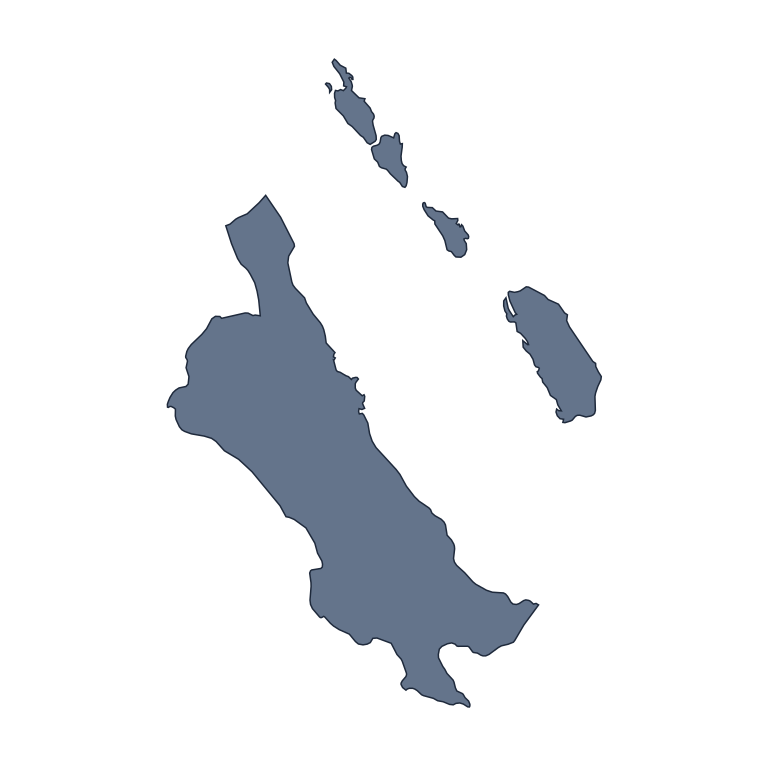 outline of Sumatera Barat, rotated 177°
{"feature_id": "IDN-539", "entity_name": "Sumatera Barat", "entity_type": "Province", "adm_level": 1, "iso_a3": "IDN", "parent_name": "Indonesia", "parent_adm1": "", "projection": "natural_earth1", "projection_center": [100.097, -1.223], "detail": "fine", "context": "isolated", "style": "filled", "palette": "slate", "viewbox_px": 768, "rotation_deg": 177, "n_neighbors": 0, "source": "natural_earth", "source_scale": "10m", "svg_char_len": 6138}
<svg xmlns="http://www.w3.org/2000/svg" viewBox="0 0 768 768"><g transform="rotate(177 384 384)"><path d="M492.3,578.6L478.5,555.9L466.5,528.9L466.2,526.2L472.5,516.7L473.7,510.0L470.7,490.7L469.7,487.5L467.5,484.2L458.8,474.2L457.3,469.0L451.1,457.5L444.4,448.5L442.5,445.0L441.3,441.4L440.1,434.8L439.6,428.0L431.3,417.9L432.5,416.3L433.1,413.8L431.3,412.6L432.8,410.3L433.1,410.5L431.1,400.6L429.9,398.9L427.2,398.0L421.7,394.3L419.1,393.2L416.3,390.2L415.2,391.5L411.9,392.1L410.5,391.9L409.3,390.3L412.0,387.1L412.7,385.7L412.9,381.4L412.1,379.2L406.4,373.4L404.5,374.3L403.9,372.7L404.6,368.1L406.2,366.6L406.4,365.5L404.6,360.7L407.4,359.7L410.2,360.7L410.8,358.1L410.6,356.8L410.2,355.4L407.2,355.8L405.8,354.1L402.2,345.8L401.0,335.2L398.8,327.5L395.3,320.9L376.3,297.9L372.8,292.8L367.0,280.8L359.6,270.0L355.1,265.1L345.6,257.9L344.1,256.1L342.9,252.6L340.0,249.8L333.9,245.9L331.3,243.0L330.0,240.1L328.9,229.7L324.8,224.7L322.7,220.5L322.2,218.4L322.1,215.7L323.7,206.1L323.0,202.5L321.0,199.1L313.3,191.3L305.7,181.9L302.8,179.2L292.5,172.7L286.7,170.4L275.6,169.1L273.6,167.9L271.6,165.3L268.7,159.5L266.7,157.5L263.3,156.9L260.7,157.6L255.9,160.4L253.7,161.0L250.7,160.3L249.3,159.5L246.3,156.4L243.6,156.9L241.2,155.3L256.9,136.1L266.8,121.1L268.3,119.4L273.7,117.6L280.4,116.4L283.5,114.9L293.2,108.5L296.6,107.2L299.3,107.3L301.4,108.1L304.8,110.4L308.7,111.2L309.5,111.8L312.8,116.9L314.0,117.7L323.8,118.2L324.9,118.5L326.6,120.5L330.0,121.9L334.2,121.3L339.9,119.0L342.6,116.4L343.9,111.1L343.9,107.7L340.1,98.9L338.2,95.9L336.3,91.7L330.5,84.7L329.7,82.6L328.6,76.8L327.3,73.6L322.0,70.8L321.2,70.0L319.5,66.6L316.1,62.9L315.0,59.7L315.1,58.0L315.6,57.0L317.3,57.2L321.5,60.2L325.0,61.5L328.9,61.3L331.6,60.0L335.3,60.6L341.6,63.6L347.0,64.9L351.1,67.5L360.8,70.7L362.7,71.7L366.8,76.0L369.3,77.8L371.3,78.6L374.6,78.8L376.7,78.2L378.1,77.1L381.3,79.9L382.7,83.1L382.6,84.4L381.2,86.7L377.4,90.7L376.7,92.5L376.7,94.0L380.3,106.2L381.3,108.4L385.2,113.2L390.4,124.7L404.3,130.7L408.5,130.6L411.2,126.5L414.4,125.1L418.6,124.6L423.2,125.7L426.0,128.3L431.7,136.0L441.5,141.0L447.0,144.9L450.0,147.8L455.5,154.6L456.4,155.1L458.6,154.0L459.8,154.1L460.6,154.8L467.2,163.4L468.9,167.7L469.2,172.1L467.4,185.7L467.3,189.4L468.1,199.1L467.1,201.3L465.9,202.1L456.7,203.1L455.2,204.4L454.8,207.3L455.3,210.5L459.2,218.5L461.4,228.7L469.5,244.4L480.7,253.4L485.6,255.8L488.8,256.6L494.2,267.9L520.4,303.3L533.1,316.4L546.9,325.7L554.7,335.4L559.1,338.8L566.3,341.4L579.0,344.3L585.6,347.1L588.3,348.9L590.6,352.1L593.5,359.4L594.1,362.9L593.6,369.8L595.3,371.4L597.9,372.8L599.2,372.7L600.6,371.9L601.4,372.2L601.4,375.1L600.2,378.1L598.4,381.8L595.2,386.4L592.4,388.8L588.9,390.8L581.9,391.9L579.6,394.1L578.4,401.6L580.8,410.6L579.1,416.9L579.3,418.5L580.6,420.8L580.6,422.1L579.2,426.8L577.6,429.7L574.4,433.5L563.4,443.0L558.3,448.5L552.5,458.1L548.8,460.4L544.4,460.0L542.7,458.1L519.0,462.2L516.0,461.9L511.3,459.2L509.0,459.6L504.0,458.6L504.7,474.3L505.9,483.4L507.8,491.9L511.7,500.4L514.0,504.6L516.1,507.1L520.3,511.0L523.6,516.9L528.9,532.1L533.7,550.3L529.4,551.7L523.5,556.3L520.6,557.8L511.7,561.1L499.3,571.5L492.3,578.6ZM257.7,447.7L259.4,450.6L260.4,455.7L260.1,460.7L257.7,463.7L256.0,453.1L255.0,450.7L251.4,444.5L249.7,446.0L247.8,446.7L249.2,448.3L253.9,460.2L255.2,466.5L255.1,469.0L253.7,470.0L248.9,468.7L245.4,469.2L243.0,469.9L236.9,473.6L234.5,473.2L219.1,464.0L215.7,459.8L205.6,454.6L200.0,445.6L197.2,443.5L198.3,437.7L195.8,431.3L174.3,395.6L171.6,393.5L171.6,390.3L169.3,384.9L166.6,380.1L167.2,376.8L170.7,370.2L173.2,363.9L174.0,360.5L174.3,346.6L175.2,343.7L176.6,342.3L178.8,341.3L184.0,340.5L190.1,342.6L192.7,342.6L194.6,341.6L197.9,338.1L199.6,337.3L205.3,335.9L207.4,336.3L206.5,339.4L210.0,340.1L212.6,343.2L213.7,347.0L212.9,349.9L210.9,348.2L208.3,347.9L211.5,354.0L212.7,359.4L218.4,363.9L221.2,371.8L225.4,377.6L225.9,381.2L227.3,382.5L230.1,386.7L230.3,388.3L229.7,388.4L228.7,389.9L228.1,391.6L228.9,392.4L231.4,393.3L232.7,395.3L233.9,400.9L236.6,406.1L240.3,409.6L243.1,413.5L243.1,420.0L238.5,415.8L237.6,415.8L238.5,418.8L240.5,422.1L245.0,427.5L248.3,429.5L249.1,438.1L250.4,439.2L254.6,439.3L256.1,440.2L257.5,442.6L258.2,445.4L257.7,447.7ZM408.3,687.6L412.0,696.1L417.4,703.7L418.9,708.0L416.6,711.0L414.9,709.6L411.0,704.6L405.6,701.4L405.3,696.5L402.8,696.1L400.0,693.7L399.1,692.2L399.1,689.8L400.0,689.8L400.7,691.4L401.4,691.8L402.3,692.0L403.1,691.3L400.9,687.6L400.1,684.2L400.0,682.9L401.1,678.8L394.0,671.1L388.1,669.9L389.0,667.4L383.4,660.3L382.2,656.7L380.3,654.0L379.8,652.0L380.1,650.1L381.4,648.2L381.7,646.8L381.3,643.1L378.9,632.4L378.9,628.6L380.2,626.8L385.3,624.0L388.2,625.8L391.7,631.4L394.5,633.5L402.3,642.8L406.4,646.0L410.6,653.9L417.5,661.6L418.1,667.2L417.5,669.6L418.3,672.7L418.2,676.8L417.1,679.7L414.7,679.1L412.0,680.3L409.2,679.1L406.6,681.5L405.9,682.8L408.7,683.8L408.3,687.6ZM381.9,609.3L384.2,618.8L383.7,620.9L382.2,622.0L378.0,622.9L376.2,624.0L375.2,625.8L374.3,629.9L373.4,631.4L370.3,632.5L366.9,632.0L361.5,629.3L360.0,633.4L358.8,634.4L357.0,633.5L355.9,631.2L355.8,625.4L355.1,622.8L353.1,623.1L353.4,619.7L355.1,610.6L355.0,606.3L354.4,603.2L353.0,601.0L350.5,599.5L351.7,597.7L351.6,596.4L350.5,594.2L349.7,589.9L350.5,584.0L351.5,580.8L352.8,579.3L355.3,580.3L357.8,584.6L359.2,585.6L366.6,593.5L369.3,597.3L370.6,598.5L375.3,600.1L377.2,601.5L378.7,605.9L381.9,609.3ZM331.2,549.6L334.8,556.0L336.0,559.5L335.9,562.3L335.9,561.2L335.3,562.8L334.3,563.1L333.4,562.4L332.6,558.8L331.4,558.1L326.5,557.6L323.0,554.0L316.5,552.8L310.9,546.3L307.8,545.4L301.8,545.4L301.7,543.5L303.5,540.4L301.8,539.0L301.0,539.8L300.5,539.6L300.0,537.0L299.1,537.0L298.2,539.0L297.0,537.6L295.4,532.6L292.1,528.4L291.7,526.8L292.1,525.1L293.1,524.7L295.0,525.2L296.6,524.6L296.3,523.1L294.5,519.9L294.4,513.8L296.6,509.0L300.5,506.6L305.5,507.1L307.1,508.7L309.8,512.7L312.4,513.5L314.0,514.8L315.7,524.0L317.6,528.9L324.8,541.1L324.8,544.3L326.2,545.1L331.2,549.6ZM423.0,678.1L422.9,681.0L423.9,683.0L426.7,686.6L425.7,687.6L422.7,686.8L421.0,684.0L420.9,680.6L423.0,678.1Z" fill="#64748b" stroke="#1e293b" stroke-width="1.5"/></g></svg>